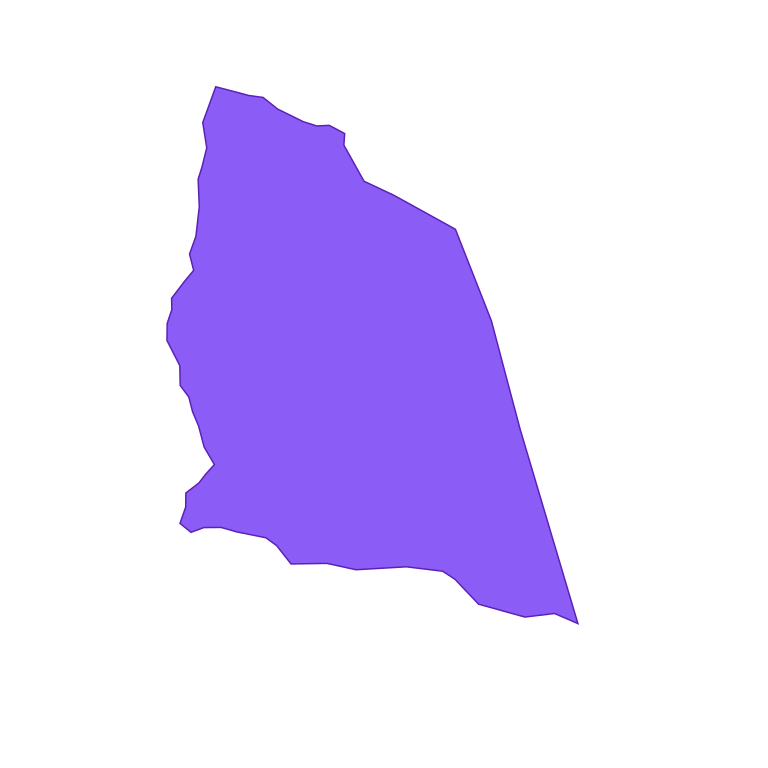 Serra de São Bento, Rio Grande do Norte, Brazil (Natural Earth projection), rotated 114°
{"feature_id": "56859067B16323144797596", "entity_name": "Serra de São Bento", "entity_type": "district", "adm_level": 2, "iso_a3": "BRA", "parent_name": "Brazil", "parent_adm1": "Rio Grande do Norte", "projection": "natural_earth1", "projection_center": [-35.714, -6.42], "detail": "fine", "context": "isolated", "style": "filled", "palette": "violet", "viewbox_px": 768, "rotation_deg": 114, "n_neighbors": 0, "source": "geoboundaries", "source_scale": "gbopen_adm2", "svg_char_len": 855}
<svg xmlns="http://www.w3.org/2000/svg" viewBox="0 0 768 768"><g transform="rotate(114 384 384)"><path d="M524.0,109.4L370.1,241.1L337.4,267.5L282.7,311.5L213.6,381.7L207.6,451.6L206.9,484.7L182.1,517.8L171.2,521.8L170.0,539.3L175.6,550.3L177.2,564.5L176.1,593.0L171.4,611.0L175.4,624.8L180.9,658.6L218.9,655.9L240.3,642.0L260.0,638.5L272.5,637.1L297.3,624.8L325.6,615.9L344.4,614.5L357.6,604.1L371.7,608.1L392.1,612.9L402.3,608.1L416.9,606.7L432.5,600.0L450.3,578.0L468.2,569.6L475.3,557.0L487.2,547.6L497.8,536.3L514.8,522.6L526.6,506.2L538.9,510.2L549.8,512.9L564.1,520.7L577.1,515.1L594.3,513.7L598.0,500.0L588.5,490.3L581.3,474.5L579.0,458.3L572.5,429.3L575.3,416.4L586.2,395.7L571.1,363.2L565.1,334.1L541.9,289.2L531.2,254.3L533.5,239.8L546.7,208.0L539.6,160.5L524.3,134.9L524.0,109.4Z" fill="#8b5cf6" stroke="#5b21b6" stroke-width="1.5"/></g></svg>